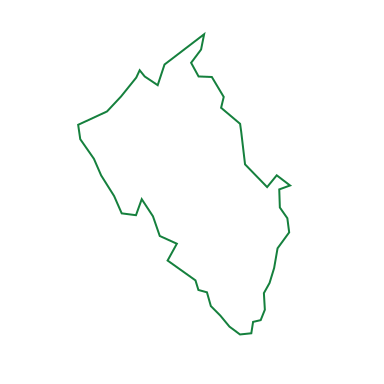 the district of Peristeronari, Cyprus, rotated 347°
{"feature_id": "46923920B2935108629033", "entity_name": "Peristeronari", "entity_type": "district", "adm_level": 2, "iso_a3": "CYP", "parent_name": "Cyprus", "parent_adm1": "", "projection": "albers", "projection_center": [32.861, 35.138], "detail": "fine", "context": "isolated", "style": "outline", "palette": "green", "viewbox_px": 384, "rotation_deg": 347, "n_neighbors": 0, "source": "geoboundaries", "source_scale": "gbopen_adm2", "svg_char_len": 776}
<svg xmlns="http://www.w3.org/2000/svg" viewBox="0 0 384 384"><g transform="rotate(347 192 192)"><path d="M107.2,155.4L115.2,178.4L118.7,197.0L132.2,202.0L141.4,187.7L148.5,206.9L150.7,227.6L165.6,239.0L152.8,253.3L175.5,278.9L176.2,288.9L184.0,293.1L184.7,307.4L191.8,318.8L198.2,331.6L206.7,341.6L218.0,343.0L222.3,332.3L230.1,332.3L236.5,323.1L239.3,306.7L247.1,298.1L254.9,284.6L262.7,266.1L277.6,253.2L279.0,239.0L274.1,226.9L277.6,209.1L289.0,207.7L278.3,194.8L266.3,204.1L249.9,177.0L253.5,144.3L254.2,136.4L239.3,116.5L244.3,106.5L237.2,84.4L224.4,80.9L220.2,65.9L232.9,55.2L239.3,41.0L193.9,61.6L182.6,80.2L171.9,68.8L168.4,61.6L163.4,68.0L144.3,83.0L127.3,94.4L96.2,100.9L95.0,115.4L103.9,137.6L107.2,155.4Z" fill="none" stroke="#15803d" stroke-width="2"/></g></svg>